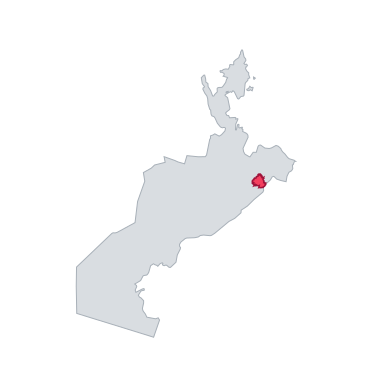 location of Guzar, Kashkadarya, Uzbekistan, rotated 285°
{"feature_id": "79887680B36641058684147", "entity_name": "Guzar", "entity_type": "district", "adm_level": 2, "iso_a3": "UZB", "parent_name": "Uzbekistan", "parent_adm1": "Kashkadarya", "projection": "natural_earth1", "projection_center": [66.156, 38.52], "detail": "fine", "context": "in_parent", "style": "filled", "palette": "rose", "viewbox_px": 384, "rotation_deg": 285, "n_neighbors": 0, "source": "geoboundaries", "source_scale": "gbopen_adm2", "svg_char_len": 5484}
<svg xmlns="http://www.w3.org/2000/svg" viewBox="0 0 384 384"><g transform="rotate(285 192 192)"><path d="M299.3,173.9L304.8,171.4L307.9,173.1L308.2,174.0L304.8,175.9L301.8,176.9L300.9,179.3L297.9,180.3L294.9,183.6L290.2,187.0L290.1,187.7L290.5,188.3L292.1,188.7L295.3,190.5L298.3,189.5L299.1,189.7L299.9,190.8L300.8,193.8L302.2,194.6L306.6,196.2L309.9,196.2L311.5,196.9L311.8,196.6L311.9,192.1L313.3,192.8L314.8,192.3L315.4,190.0L315.0,188.5L316.1,187.7L316.7,188.2L316.8,189.6L318.4,190.5L319.6,192.7L320.0,195.3L323.1,196.0L324.2,195.5L325.0,195.8L325.5,199.0L325.9,199.3L328.6,198.6L331.1,200.0L333.8,202.4L336.9,202.6L337.5,203.1L339.6,202.7L342.2,203.4L342.2,203.8L341.8,204.3L336.0,207.3L334.4,209.4L333.0,210.0L329.5,208.9L328.9,210.2L329.6,211.4L328.8,212.8L326.9,212.3L326.6,211.6L324.8,211.9L322.7,214.1L321.8,215.9L319.9,216.4L317.2,218.3L316.1,216.8L314.2,217.0L311.6,215.5L310.3,215.3L298.9,217.2L298.0,216.9L296.8,214.5L293.9,213.1L294.0,211.9L299.8,206.9L300.4,205.3L298.5,204.5L298.8,203.1L294.9,199.1L294.2,198.8L293.7,199.0L292.3,202.0L282.2,207.1L280.8,206.6L278.4,204.7L277.0,204.0L275.1,205.7L275.3,207.6L273.4,209.1L275.2,214.4L275.0,215.1L273.7,215.3L274.7,217.2L273.9,217.5L269.0,216.7L263.3,217.9L263.5,218.8L268.6,218.6L269.3,219.0L269.4,219.6L269.1,220.0L266.4,220.5L266.2,221.3L267.6,223.6L267.0,224.2L266.0,223.7L265.3,225.2L263.6,225.2L262.7,229.7L261.3,231.3L259.4,232.0L247.4,230.0L244.3,231.4L242.2,233.4L240.9,238.3L241.0,238.9L246.2,240.8L247.0,243.8L253.2,244.0L254.3,244.5L254.8,245.3L255.1,246.1L253.3,251.0L254.0,255.3L255.1,257.3L258.7,261.1L258.6,263.2L257.8,265.0L256.8,266.7L255.7,267.4L254.1,269.4L252.8,271.9L250.2,275.3L249.3,277.1L249.1,282.5L248.4,284.1L248.3,283.5L247.3,282.9L244.6,282.7L244.1,282.0L240.6,283.3L238.3,282.7L236.1,280.5L231.8,279.7L226.3,280.2L226.1,274.6L226.4,270.5L228.2,267.3L228.2,266.7L227.3,265.5L224.0,264.6L220.1,262.1L216.6,260.4L214.5,259.8L212.2,260.8L210.2,260.5L200.7,253.8L192.7,249.1L187.2,244.2L184.6,244.7L177.6,240.1L173.1,235.3L158.1,224.7L155.2,222.1L154.5,220.8L153.4,214.3L152.1,211.3L150.2,209.7L148.6,206.6L146.2,198.9L145.3,197.5L140.9,194.3L138.3,193.5L136.4,194.0L135.3,195.3L133.8,195.4L127.3,194.1L120.0,194.7L113.7,190.8L113.4,190.2L113.4,189.1L114.7,186.5L114.5,185.4L113.6,184.2L113.7,182.9L114.3,182.2L115.4,182.4L115.9,181.9L115.7,181.2L114.3,179.6L111.4,178.2L112.0,177.2L112.2,174.7L112.7,173.4L112.3,173.0L110.1,171.1L103.1,171.0L101.4,170.5L100.1,169.8L98.8,167.0L98.1,166.4L93.2,165.3L88.3,160.5L87.3,162.6L86.3,163.1L82.6,162.5L80.6,163.8L85.1,168.7L86.1,170.1L86.0,171.0L84.7,171.2L83.6,168.9L82.8,168.2L78.4,166.9L76.9,168.4L76.5,170.2L74.5,173.4L72.2,174.0L66.9,174.2L65.3,174.9L64.2,175.8L62.1,178.5L59.4,180.8L60.1,189.7L61.7,191.9L59.9,193.8L41.8,192.5L44.9,112.1L70.9,104.6L89.6,99.9L131.1,125.2L132.1,126.2L132.6,128.4L133.6,130.1L147.7,144.9L168.8,141.9L190.2,143.6L198.2,140.0L204.5,146.5L208.4,148.9L213.7,158.4L218.9,155.9L218.0,167.2L217.4,170.7L217.3,177.5L225.8,177.7L227.6,188.7L229.5,195.6L231.4,196.5L247.5,195.5L248.7,196.0L251.0,195.3L252.5,197.5L254.1,199.0L253.0,203.8L255.0,205.7L259.5,208.0L262.2,207.9L262.7,207.1L262.6,205.9L261.9,204.8L262.0,203.3L262.4,202.3L265.0,198.7L269.4,195.1L270.4,193.8L270.7,191.5L272.2,190.2L276.0,188.8L276.5,187.7L281.1,184.8L286.2,183.0L288.6,181.5L290.8,178.8L294.1,175.9L295.4,175.8L296.3,176.7L297.0,176.8L299.3,173.9ZM298.6,201.0L298.0,199.5L297.2,199.0L296.8,199.3L298.1,201.0L298.6,201.0ZM308.7,224.0L305.3,223.9L305.9,221.8L304.6,220.8L304.4,219.7L304.6,218.7L305.4,218.3L306.5,219.8L309.1,220.5L308.2,222.1L308.9,223.7L308.7,224.0ZM319.0,221.7L318.4,223.7L316.9,222.8L317.1,222.3L319.0,221.7Z" fill="#d9dde1" stroke="#a8b0b8" stroke-width="1"/><path d="M214.9,259.6L215.2,259.6L215.6,259.7L215.9,260.1L216.3,260.4L216.6,260.7L217.0,260.8L217.5,260.7L217.7,260.8L217.9,261.0L218.0,261.1L218.1,260.9L218.5,260.7L218.9,260.9L219.1,260.8L219.3,260.5L219.7,260.8L219.7,260.4L219.5,260.0L219.8,259.8L220.0,259.5L219.7,259.2L219.6,258.9L220.3,258.9L220.7,258.6L221.2,258.6L221.3,258.3L221.7,258.2L222.1,257.8L222.5,257.3L222.9,257.3L223.5,257.4L223.7,257.7L224.0,257.3L224.2,257.5L224.8,257.5L224.0,256.7L224.0,256.4L224.3,256.2L224.0,255.9L224.3,255.6L224.7,255.5L225.4,255.6L225.8,255.2L225.4,255.1L225.7,254.9L225.4,254.7L225.7,254.5L225.5,254.4L225.5,254.2L225.7,253.9L225.8,253.7L226.0,253.7L226.2,253.4L226.4,253.6L226.7,253.7L227.0,253.5L227.0,253.1L226.6,252.8L226.7,252.1L226.2,251.9L226.2,251.5L225.9,251.3L225.5,251.6L225.5,252.0L225.2,251.5L224.6,251.8L224.4,251.6L224.2,251.4L224.1,251.1L223.9,250.7L223.7,250.7L223.4,250.2L223.2,250.2L222.9,250.4L222.6,250.3L221.9,250.1L221.8,249.6L221.8,249.0L221.5,248.8L221.2,248.8L221.1,248.5L220.8,248.5L220.6,248.5L220.1,248.4L219.9,248.5L219.7,248.1L219.3,247.8L219.0,247.6L218.7,247.4L218.3,247.5L217.8,247.6L217.3,247.5L217.2,247.7L217.4,248.1L217.3,248.3L217.1,248.1L216.8,248.1L216.6,248.1L216.5,248.3L216.7,248.5L217.0,248.5L216.8,248.8L216.8,249.1L216.4,248.8L216.1,248.7L215.9,248.3L215.7,248.6L215.9,248.8L215.9,249.1L215.5,249.4L214.9,249.8L215.2,250.2L215.6,250.4L215.8,250.7L215.9,250.9L215.7,251.1L215.1,250.8L214.7,250.9L214.3,250.7L214.5,251.0L214.5,251.3L214.8,251.3L215.0,251.7L215.3,252.1L214.7,252.1L214.9,252.7L215.2,253.1L215.2,254.5L215.4,255.0L215.7,255.3L214.0,255.5L213.5,255.4L213.8,256.1L213.9,256.8L213.9,257.2L214.2,257.9L214.4,258.4L214.7,258.7L214.7,259.3L214.9,259.6Z" fill="#f43f5e" stroke="#9f1239" stroke-width="1.5"/></g></svg>